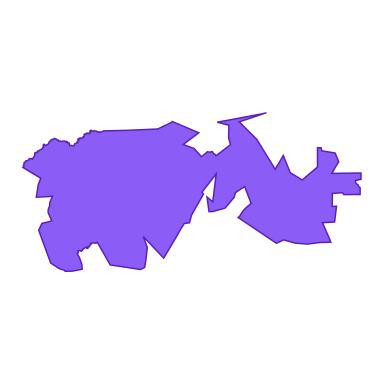 Canelas, Durango, Mexico
{"feature_id": "50627088B77735288165812", "entity_name": "Canelas", "entity_type": "district", "adm_level": 2, "iso_a3": "MEX", "parent_name": "Mexico", "parent_adm1": "Durango", "projection": "orthographic", "projection_center": [-106.573, 25.072], "detail": "fine", "context": "isolated", "style": "filled", "palette": "violet", "viewbox_px": 384, "rotation_deg": 0, "n_neighbors": 0, "source": "geoboundaries", "source_scale": "gbopen_adm2", "svg_char_len": 5445}
<svg xmlns="http://www.w3.org/2000/svg" viewBox="0 0 384 384"><path d="M72.6,271.1L82.2,269.2L81.8,264.3L79.5,257.7L77.5,254.0L77.5,253.2L78.0,253.0L78.0,252.6L78.4,252.3L78.2,251.8L77.9,251.6L78.0,251.1L78.2,250.7L78.7,250.5L79.6,250.6L80.2,250.8L80.7,250.7L81.1,250.9L81.2,251.2L81.5,251.2L81.7,250.9L81.8,250.7L82.1,250.6L82.5,250.2L82.6,249.4L83.1,249.3L83.6,248.8L83.9,248.6L85.0,247.6L85.9,247.5L86.4,247.7L86.6,248.2L87.0,248.5L87.5,248.5L87.8,248.4L87.9,248.1L87.9,247.4L87.6,247.1L87.5,246.8L87.6,246.7L87.9,246.7L89.1,246.9L89.3,246.8L89.5,246.7L89.4,246.3L89.5,245.9L89.4,245.5L89.5,245.3L89.8,245.2L90.0,245.0L90.4,244.9L90.6,244.7L90.7,244.3L90.6,243.7L90.8,243.5L91.4,243.8L91.5,243.7L91.6,243.3L91.8,243.2L91.9,242.9L92.0,242.9L92.7,242.9L93.1,242.8L93.8,242.8L94.5,242.9L94.8,243.1L95.3,243.2L96.0,243.2L96.3,243.0L97.2,242.1L104.5,254.8L110.2,264.9L140.5,269.5L144.7,267.4L146.1,258.3L147.3,247.5L143.3,236.6L163.7,258.1L175.8,237.8L181.5,227.7L182.4,226.5L184.2,223.5L189.5,222.8L191.5,215.2L203.5,194.0L201.9,192.3L216.2,173.9L212.8,201.8L207.0,197.0L209.0,211.7L212.9,211.5L225.1,208.1L234.2,197.3L235.4,192.7L239.8,189.7L244.7,186.6L251.1,203.4L245.2,208.5L242.5,211.7L239.8,216.0L238.1,217.5L276.5,243.3L283.7,239.9L294.9,243.1L307.6,244.1L318.9,242.6L330.8,242.2L328.9,237.5L322.5,222.7L334.6,222.0L336.5,206.2L332.2,206.5L332.4,193.4L342.5,192.7L343.9,194.6L360.1,194.5L360.1,187.6L359.8,187.5L359.6,187.3L359.5,187.2L359.0,186.9L358.6,186.5L358.3,185.8L358.3,185.2L357.6,184.7L357.3,184.4L356.4,183.8L355.9,183.1L355.6,182.0L355.5,181.8L355.3,180.8L356.0,180.2L356.5,180.1L356.8,180.3L357.2,180.3L358.0,180.0L358.7,179.5L358.9,179.4L359.2,179.5L359.4,179.6L359.8,179.7L360.6,179.5L361.0,179.4L361.0,173.0L331.8,173.4L338.7,161.6L335.1,153.0L321.7,150.8L321.1,147.7L317.5,147.7L317.5,167.0L302.2,180.0L290.2,172.6L283.3,155.5L275.2,169.3L256.8,139.4L239.7,122.3L239.1,121.9L266.4,112.7L263.2,113.6L217.2,122.2L228.9,125.2L228.6,137.9L230.5,144.7L216.1,155.7L215.6,155.4L215.1,154.5L214.9,154.2L214.1,154.0L213.8,153.7L213.2,153.0L212.4,151.8L212.2,151.6L211.9,151.5L211.7,151.5L211.0,152.0L210.0,152.1L209.1,152.1L208.5,151.9L207.9,151.9L207.5,151.7L203.2,155.3L201.5,156.7L194.1,148.5L183.2,144.5L198.8,132.8L172.2,121.5L171.8,122.3L157.6,129.0L128.1,130.3L104.5,130.9L104.3,131.0L104.1,131.1L103.5,130.9L103.1,131.1L102.7,131.2L102.4,131.5L102.0,131.7L101.8,131.8L101.2,132.1L100.8,132.2L100.2,132.0L99.7,131.9L99.3,132.0L99.2,132.2L99.0,132.4L98.9,132.3L98.3,132.2L97.7,132.1L97.5,131.8L97.5,131.7L97.3,131.7L96.9,131.4L96.7,131.2L96.3,131.2L96.2,131.3L95.9,131.1L95.7,131.1L94.0,130.8L93.6,130.9L92.9,131.0L92.4,131.0L92.2,131.0L91.6,131.2L91.2,131.0L91.3,130.6L91.3,130.4L91.0,130.3L90.6,130.4L90.5,130.5L90.3,130.6L90.2,131.0L89.9,131.4L90.4,132.1L90.4,132.7L90.1,133.0L89.6,133.1L89.6,133.3L89.6,133.5L89.4,133.7L89.2,133.7L88.8,133.2L88.2,133.2L87.3,133.1L86.8,133.2L86.7,133.4L86.5,133.6L86.3,133.7L86.0,133.6L85.7,134.2L85.5,134.5L85.1,134.5L84.7,134.1L84.4,134.2L84.1,134.8L84.1,135.2L84.1,135.9L84.2,136.4L84.1,136.7L83.7,136.8L83.0,136.9L82.9,137.0L83.0,137.6L82.7,137.8L82.2,137.9L81.2,138.2L80.7,138.2L80.1,137.9L79.9,138.2L80.0,138.5L79.9,138.8L79.6,138.8L79.3,138.5L79.1,138.5L78.8,138.5L78.4,138.8L78.2,138.8L77.9,139.1L78.0,139.3L78.1,139.6L78.8,140.1L78.8,140.3L78.7,140.4L78.4,140.4L77.4,141.3L77.2,141.4L77.1,141.6L77.3,142.0L77.6,142.5L77.2,143.0L76.8,143.1L76.5,143.1L76.3,143.1L76.1,143.3L75.1,143.6L74.6,143.9L74.4,144.3L74.3,144.5L74.3,145.2L73.8,145.9L73.4,146.0L73.2,146.0L72.2,145.7L71.8,145.5L71.2,145.3L70.9,145.4L70.4,145.6L70.2,145.7L69.7,145.5L69.6,145.3L69.3,144.6L69.3,144.2L69.4,143.5L69.2,143.1L68.5,142.8L68.0,142.8L67.3,142.8L67.1,142.6L67.2,142.2L67.4,141.9L67.0,141.6L66.8,141.5L66.5,141.4L66.3,141.5L65.8,141.8L65.6,141.9L65.4,141.7L65.2,141.4L64.8,141.2L64.6,141.2L63.0,141.0L62.6,141.3L62.1,141.4L61.2,141.4L60.1,141.0L59.8,141.1L59.2,141.2L58.7,141.1L58.5,140.6L58.5,140.3L58.2,140.1L57.7,139.9L57.5,140.0L57.3,139.9L57.0,139.7L56.4,139.2L55.9,138.9L55.1,138.7L54.7,138.5L54.3,138.5L53.9,138.8L53.8,139.2L52.6,139.3L52.4,139.7L52.2,139.7L51.6,139.6L51.0,140.0L50.5,140.7L50.4,141.0L49.8,141.3L49.5,141.5L49.2,141.8L49.1,142.0L49.0,142.9L48.5,143.3L48.3,143.8L47.7,144.5L47.4,144.6L47.1,144.8L46.4,144.9L46.0,145.1L45.7,145.4L45.6,145.6L44.7,145.4L44.3,145.2L44.2,145.0L44.3,144.8L44.4,144.5L44.4,144.4L44.2,144.3L43.9,144.3L43.5,144.4L43.4,144.5L43.2,145.9L43.2,146.3L43.4,146.9L43.5,147.4L42.6,147.8L42.5,148.2L42.5,148.3L42.5,148.5L42.2,148.8L41.8,149.1L40.3,149.7L39.2,150.6L38.5,150.9L37.8,151.0L37.4,151.2L37.4,151.4L37.4,152.2L37.0,152.5L36.7,152.6L35.7,152.5L35.0,152.8L34.7,153.1L34.6,153.8L34.8,154.0L34.8,154.6L34.5,155.3L34.4,155.9L34.2,156.2L33.9,156.7L33.8,157.0L33.6,157.3L33.2,157.9L33.0,158.0L32.8,158.4L32.8,158.8L32.5,159.0L32.3,159.1L31.8,158.9L31.2,158.5L30.4,158.5L29.8,158.6L29.2,158.8L29.0,159.2L29.1,159.7L29.0,159.8L27.0,160.6L25.9,160.9L25.5,161.2L25.4,161.4L25.3,161.6L25.1,162.5L24.8,162.6L24.5,162.5L24.3,162.5L24.1,162.7L24.1,163.0L24.0,163.5L23.9,164.0L23.9,164.3L23.9,164.5L23.8,164.9L23.8,165.0L23.4,165.3L23.3,165.6L23.4,165.9L23.8,166.6L23.8,166.8L23.7,167.1L23.0,167.5L40.8,178.3L38.3,184.3L36.3,197.2L48.1,196.6L52.5,196.2L49.8,202.6L49.5,206.5L48.6,208.3L48.2,210.0L48.2,212.7L51.7,220.8L48.1,221.9L41.9,223.4L38.7,230.3L50.7,263.0L59.6,268.8L64.3,270.2L65.2,271.3L72.6,271.1Z" fill="#8b5cf6" stroke="#5b21b6" stroke-width="1.5"/></svg>